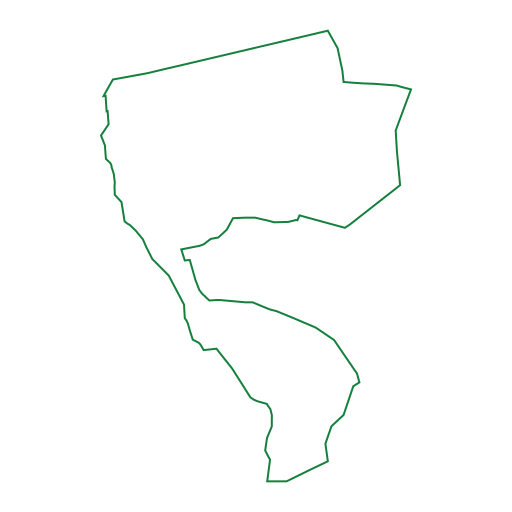 Lanse Road, Castries, Saint Lucia
{"feature_id": "8701671B540973728907", "entity_name": "Lanse Road", "entity_type": "district", "adm_level": 2, "iso_a3": "LCA", "parent_name": "Saint Lucia", "parent_adm1": "Castries", "projection": "albers", "projection_center": [-60.988, 14.018], "detail": "fine", "context": "isolated", "style": "outline", "palette": "green", "viewbox_px": 512, "rotation_deg": 0, "n_neighbors": 0, "source": "geoboundaries", "source_scale": "gbopen_adm2", "svg_char_len": 1929}
<svg xmlns="http://www.w3.org/2000/svg" viewBox="0 0 512 512"><path d="M103.6,96.1L104.7,95.9L105.6,95.8L106.6,111.3L107.6,111.1L108.6,124.2L101.0,135.5L105.0,145.6L105.1,148.1L105.9,158.9L110.4,163.1L111.5,165.7L111.5,166.8L113.2,172.1L113.9,174.5L114.1,177.0L114.8,182.2L114.5,186.6L114.8,194.8L121.5,202.1L124.6,221.4L127.7,223.8L130.0,225.1L132.8,227.8L135.7,230.6L142.9,239.3L146.2,246.9L152.3,259.0L168.8,275.6L169.3,276.6L184.0,304.6L184.8,318.2L186.6,320.7L187.0,321.7L187.5,322.5L187.9,323.7L190.0,331.0L192.8,339.7L198.7,342.7L200.4,344.5L203.7,350.1L216.5,348.7L219.1,352.1L232.1,368.5L234.4,372.1L240.0,380.9L250.4,397.4L253.9,399.7L257.3,401.2L266.9,403.9L267.8,405.6L270.4,409.2L271.9,415.4L271.8,418.1L271.8,420.1L271.8,426.4L271.4,427.3L270.9,428.7L267.1,437.7L266.0,444.8L265.2,450.5L268.5,456.9L270.0,459.5L269.8,461.6L267.2,481.3L286.6,481.3L309.6,470.0L327.8,461.3L327.2,456.7L325.4,443.7L330.9,427.8L331.5,426.2L336.9,421.2L343.6,414.9L353.3,386.2L358.4,383.0L359.4,382.4L357.0,373.6L343.4,353.7L334.9,341.2L333.9,339.9L332.1,338.7L317.1,328.5L315.5,327.5L292.5,317.7L276.4,311.1L275.1,310.8L269.8,309.4L262.6,306.5L252.6,302.3L245.3,302.3L224.0,300.4L219.8,300.0L218.9,300.1L217.0,300.0L209.4,300.5L208.4,299.6L202.1,293.7L199.3,290.0L196.9,283.7L195.5,280.2L189.8,260.0L187.3,260.2L184.8,260.5L181.3,249.4L199.6,245.8L203.6,244.4L204.9,243.4L210.7,238.9L218.3,237.5L226.8,229.7L229.9,223.9L233.0,218.2L244.6,217.7L253.7,217.7L255.3,217.7L263.3,219.6L265.6,220.0L272.7,221.9L274.5,222.3L288.3,221.9L291.5,221.1L294.8,220.3L295.8,220.0L297.4,220.3L299.5,215.4L344.9,227.8L349.9,224.5L382.3,199.1L400.1,185.2L396.9,151.0L395.7,130.5L405.1,105.2L411.0,89.4L402.0,87.1L396.5,85.5L374.2,83.8L363.4,83.4L354.0,82.8L350.3,82.5L345.2,82.1L343.6,82.0L343.0,76.6L342.4,70.8L337.6,48.2L327.8,30.7L173.6,67.0L165.4,68.9L146.9,73.3L112.9,79.5L104.4,94.5L103.6,96.1Z" fill="none" stroke="#15803d" stroke-width="2"/></svg>